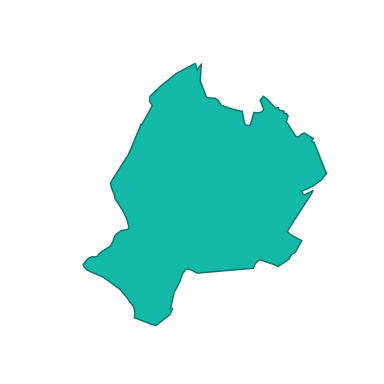 Sheikan, North Kordufan, Sudan (orthographic projection), rotated 58°
{"feature_id": "16777658B67659775145128", "entity_name": "Sheikan", "entity_type": "district", "adm_level": 2, "iso_a3": "SDN", "parent_name": "Sudan", "parent_adm1": "North Kordufan", "projection": "orthographic", "projection_center": [29.994, 13.034], "detail": "fine", "context": "isolated", "style": "filled", "palette": "teal", "viewbox_px": 384, "rotation_deg": 58, "n_neighbors": 0, "source": "geoboundaries", "source_scale": "gbopen_adm2", "svg_char_len": 3061}
<svg xmlns="http://www.w3.org/2000/svg" viewBox="0 0 384 384"><g transform="rotate(58 192 192)"><path d="M141.0,256.0L143.9,257.4L144.1,257.4L144.8,257.8L145.1,257.9L145.5,257.9L149.4,258.7L149.8,258.8L150.8,258.9L151.4,259.0L151.7,259.1L153.0,259.2L154.6,259.7L155.4,260.2L156.5,260.8L157.1,260.8L158.6,260.8L167.4,260.6L171.0,260.6L171.9,260.6L172.5,260.7L174.0,260.9L176.2,261.1L176.8,261.2L180.7,261.7L185.4,263.2L185.6,263.2L187.8,263.9L188.9,264.3L189.4,265.2L189.5,265.5L189.5,266.5L189.2,267.8L188.6,269.1L188.5,269.3L188.1,270.5L187.2,272.5L187.5,275.8L187.6,277.8L187.6,278.3L187.6,278.6L188.1,279.8L188.3,280.2L189.7,282.6L189.8,282.7L190.8,283.8L191.0,284.1L191.2,284.4L192.1,285.2L192.8,286.7L193.2,287.3L193.3,287.4L194.1,288.7L194.1,288.9L194.6,289.5L194.6,291.3L194.6,292.0L194.8,296.3L194.7,298.5L194.7,299.8L195.2,303.3L195.2,303.6L195.3,304.0L196.4,306.0L196.5,306.2L195.4,309.0L193.8,311.6L193.6,312.6L193.4,313.4L193.5,315.7L193.5,315.9L193.6,316.2L195.7,322.5L197.8,323.2L202.3,322.4L205.9,320.3L207.2,319.4L208.3,318.6L209.4,317.7L214.1,314.7L216.3,312.9L219.9,311.3L220.8,310.9L221.6,310.5L223.5,309.8L232.4,306.3L236.0,304.7L236.2,304.8L236.6,304.6L241.1,304.0L242.5,303.7L243.3,303.6L243.5,303.6L245.5,303.2L250.9,303.0L252.3,303.0L252.7,302.8L253.7,302.6L256.0,302.5L258.2,302.4L258.9,302.6L259.4,302.6L263.1,304.0L264.8,304.6L267.1,306.7L267.7,307.2L267.9,307.4L268.1,307.5L268.9,306.8L276.0,301.5L278.3,299.7L281.1,297.8L286.2,293.3L286.1,293.1L284.3,275.9L280.8,270.6L278.9,271.4L267.8,260.4L261.0,248.9L258.6,246.4L256.5,243.5L255.2,240.2L254.6,238.4L254.7,237.6L254.8,236.7L256.1,235.2L259.4,233.0L263.4,230.8L283.2,192.1L283.7,191.1L289.2,180.4L286.0,175.9L285.2,170.5L296.6,161.2L300.9,158.3L300.2,144.9L297.9,141.4L297.9,138.4L297.9,136.4L291.4,124.7L289.7,125.7L289.7,125.8L279.1,131.6L275.7,131.9L256.8,91.7L255.3,89.2L254.9,88.3L254.1,98.8L249.5,99.1L251.0,86.2L250.4,76.2L247.2,67.6L246.4,68.0L214.6,62.2L212.4,64.0L210.9,60.8L201.5,65.5L201.0,68.6L201.0,68.8L201.9,72.8L199.8,74.5L182.2,74.7L178.4,70.2L175.4,70.6L174.0,72.8L172.3,71.1L168.3,75.0L166.2,73.9L165.1,76.6L151.9,79.3L148.6,80.9L148.7,81.1L150.4,85.6L159.7,87.3L161.1,89.8L160.1,93.8L157.3,97.3L166.5,107.5L163.4,111.6L161.7,111.0L150.1,106.7L149.0,108.2L142.6,114.3L139.6,116.7L133.9,121.2L128.4,121.2L124.7,122.7L121.4,127.5L119.4,129.5L102.1,126.1L91.0,118.2L88.7,116.4L88.7,116.6L91.0,122.9L91.1,123.1L89.4,122.6L87.5,121.9L86.6,121.6L84.7,121.0L84.7,120.9L84.7,120.6L84.4,124.8L84.2,127.0L83.2,141.4L83.1,142.6L83.8,147.9L84.8,156.0L84.9,156.8L85.0,157.9L85.6,162.8L86.1,165.1L87.1,169.5L87.6,172.0L88.5,176.5L88.7,177.1L91.1,178.8L92.7,179.9L97.6,179.8L100.0,183.9L102.3,188.1L104.8,192.6L105.0,193.0L106.8,196.3L108.3,199.0L108.2,199.4L107.9,199.7L107.8,199.8L108.7,200.9L116.8,212.3L118.5,214.6L122.3,219.9L122.5,220.2L124.3,222.9L126.9,226.8L130.0,233.2L130.9,235.2L136.7,247.4L138.1,250.3L139.0,252.3L139.2,252.6L139.3,252.7L140.2,254.6L141.0,255.2L140.9,255.5L141.0,255.7L141.0,256.0Z" fill="#14b8a6" stroke="#0f766e" stroke-width="1.5"/></g></svg>